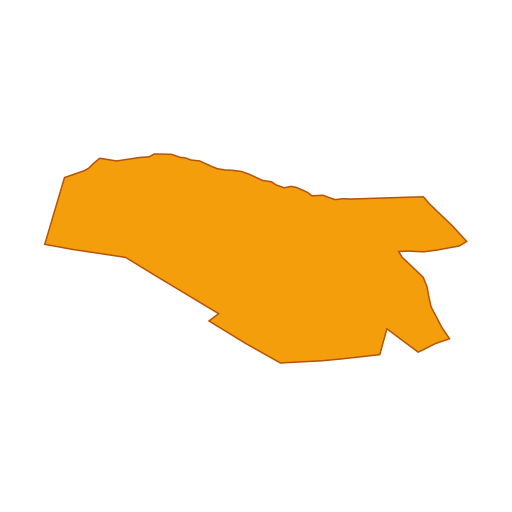 Marilena, Paraná, Brazil (Natural Earth projection), rotated 104°
{"feature_id": "56859067B17884571098695", "entity_name": "Marilena", "entity_type": "district", "adm_level": 2, "iso_a3": "BRA", "parent_name": "Brazil", "parent_adm1": "Paraná", "projection": "natural_earth1", "projection_center": [-53.085, -22.737], "detail": "fine", "context": "isolated", "style": "filled", "palette": "amber", "viewbox_px": 512, "rotation_deg": 104, "n_neighbors": 0, "source": "geoboundaries", "source_scale": "gbopen_adm2", "svg_char_len": 960}
<svg xmlns="http://www.w3.org/2000/svg" viewBox="0 0 512 512"><g transform="rotate(104 256 256)"><path d="M190.9,55.1L178.8,73.5L168.2,92.1L162.9,101.2L158.1,107.8L161.9,121.8L170.5,152.1L174.2,165.1L177.9,178.2L179.3,185.3L182.2,193.0L180.9,206.0L184.1,216.2L181.8,221.4L179.7,233.2L179.9,238.6L183.0,245.2L182.1,254.1L180.2,259.0L181.1,267.8L178.3,282.3L177.5,290.9L178.8,301.3L180.0,306.5L180.6,314.5L179.9,320.3L177.4,333.7L178.6,342.3L177.9,348.1L178.6,353.6L177.8,362.7L181.6,379.4L185.7,383.8L188.0,391.3L197.5,414.3L199.0,431.3L204.9,435.7L211.3,439.6L214.7,443.1L226.2,460.8L295.8,463.8L294.0,435.7L288.9,382.2L298.7,351.1L321.0,278.3L330.4,285.9L343.1,245.8L353.9,206.5L341.7,166.6L335.1,147.9L321.7,112.0L295.0,111.4L310.1,75.4L297.5,60.6L289.5,48.2L279.8,58.9L263.1,73.7L253.0,78.8L244.5,82.6L236.2,88.6L221.7,114.2L217.1,118.6L214.3,109.0L211.5,94.7L206.9,82.8L197.0,61.1L190.9,55.1Z" fill="#f59e0b" stroke="#b45309" stroke-width="1.5"/></g></svg>